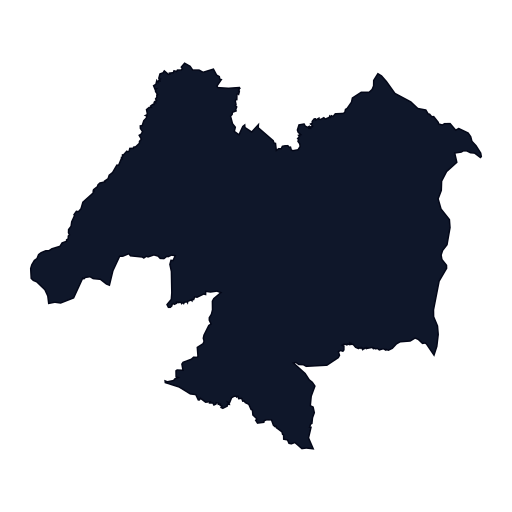 the district of Det Udom, Ubon Ratchathani, Thailand
{"feature_id": "78962969B44207183673479", "entity_name": "Det Udom", "entity_type": "district", "adm_level": 2, "iso_a3": "THA", "parent_name": "Thailand", "parent_adm1": "Ubon Ratchathani", "projection": "mercator", "projection_center": [105.038, 14.829], "detail": "fine", "context": "isolated", "style": "filled", "palette": "ink", "viewbox_px": 512, "rotation_deg": 0, "n_neighbors": 0, "source": "geoboundaries", "source_scale": "gbopen_adm2", "svg_char_len": 6019}
<svg xmlns="http://www.w3.org/2000/svg" viewBox="0 0 512 512"><path d="M48.7,303.4L54.8,302.2L60.6,303.0L73.6,297.9L82.7,278.1L83.9,278.8L85.4,277.4L90.1,276.7L93.2,278.6L100.4,279.3L106.4,284.0L109.4,285.2L112.9,270.7L119.6,256.3L122.8,256.2L128.8,253.7L130.5,255.8L142.3,257.0L143.8,258.0L146.2,256.3L148.1,256.9L153.9,254.9L158.1,256.1L160.2,258.4L163.9,258.6L166.8,256.3L168.1,256.7L171.4,255.1L175.3,255.7L173.0,260.6L171.0,260.3L169.9,264.4L171.4,271.5L171.8,292.8L171.3,299.4L167.0,304.6L168.4,307.3L170.3,307.3L171.9,305.8L171.9,304.4L173.6,303.6L174.4,304.3L176.3,303.4L176.4,302.1L177.7,302.6L178.6,301.4L178.4,302.6L181.0,302.2L181.6,303.6L182.9,302.5L183.7,303.5L184.4,302.2L187.0,301.8L187.5,302.6L187.7,301.3L191.1,300.0L192.0,300.8L192.2,299.4L193.6,299.6L194.7,296.8L197.1,297.2L203.7,294.0L205.6,294.5L205.7,291.3L210.5,292.0L216.9,291.1L221.0,292.6L213.8,298.6L212.4,301.2L212.5,309.9L211.4,314.3L209.3,317.7L209.3,320.2L211.1,324.0L208.8,325.5L204.0,335.1L203.3,338.2L204.1,341.2L203.1,343.7L197.3,347.4L198.0,356.6L196.8,357.4L193.6,357.2L191.4,359.2L183.1,362.3L181.9,364.1L183.0,370.3L177.1,370.0L176.0,370.8L176.1,376.8L178.2,377.5L174.7,379.0L173.7,380.5L167.3,381.8L165.1,380.9L165.3,382.6L179.1,387.0L190.3,393.9L195.8,394.6L198.3,399.9L199.4,399.9L200.5,398.3L205.6,402.2L210.3,401.7L209.7,403.0L212.9,403.0L213.9,405.0L216.0,404.0L216.2,402.6L218.4,403.2L218.3,404.3L220.4,404.1L220.2,405.4L222.0,406.0L221.1,407.5L222.8,408.3L227.2,406.1L227.3,404.4L229.2,404.4L227.6,402.0L229.5,402.8L231.6,397.7L233.9,396.4L236.0,396.1L236.6,397.0L237.9,396.2L238.7,398.7L241.6,398.3L242.8,401.2L244.2,401.0L245.3,402.6L248.8,404.3L251.1,409.5L252.4,410.0L252.9,415.0L256.4,418.3L256.8,419.3L255.7,420.3L257.5,423.1L263.8,422.3L264.2,420.7L266.6,419.8L271.5,419.9L273.4,425.2L275.0,426.6L275.9,426.2L276.4,427.7L282.0,431.9L282.6,434.4L283.6,434.8L283.7,439.2L287.5,439.9L289.0,443.3L291.3,443.8L294.9,442.5L301.9,448.6L306.3,448.0L313.2,448.8L308.5,437.9L311.0,427.3L309.6,427.2L310.6,424.1L311.9,423.4L312.5,417.7L314.3,412.7L313.1,407.1L310.3,405.7L311.2,396.2L314.9,386.1L312.3,382.3L309.2,379.8L305.1,373.5L293.4,363.0L296.0,362.4L298.8,364.5L303.4,364.7L306.2,366.3L326.9,365.2L338.3,357.6L339.5,355.3L338.4,351.7L340.5,350.5L342.9,351.2L343.9,349.9L343.9,346.0L342.1,345.2L343.6,344.2L346.7,344.5L346.6,345.4L347.5,344.0L349.6,344.6L349.8,343.3L350.3,344.1L351.5,342.6L351.0,344.3L353.2,344.4L355.6,347.3L358.4,348.5L358.9,347.6L360.1,348.3L361.1,347.4L362.6,349.4L362.9,348.4L363.8,349.0L365.2,347.7L366.2,348.6L366.9,347.6L367.4,348.3L372.3,347.4L373.2,348.5L373.5,347.8L375.3,348.8L377.7,348.5L379.3,349.9L383.3,348.7L385.8,350.1L386.1,349.4L388.4,350.2L392.3,348.3L396.4,343.9L400.1,341.8L410.2,341.0L415.1,338.0L418.3,339.4L422.5,343.4L425.2,343.0L426.5,344.0L434.0,355.1L436.8,346.4L438.2,334.5L437.5,326.0L433.6,316.7L433.5,309.8L439.1,281.1L446.6,268.3L446.5,265.3L441.9,259.5L441.1,255.0L442.6,250.4L447.0,244.7L450.0,227.6L449.4,219.6L441.0,209.0L438.1,198.8L441.3,190.4L441.6,181.1L446.6,171.5L456.8,162.3L454.7,153.0L461.1,152.1L463.5,150.8L466.8,150.9L470.4,152.7L474.6,153.1L480.4,157.5L481.3,156.6L480.7,153.1L476.0,145.7L471.9,141.3L470.7,136.7L468.1,133.0L458.7,128.5L455.7,130.2L450.1,123.6L444.5,123.7L442.3,125.0L438.5,123.9L438.3,122.4L433.7,116.6L431.7,116.7L429.6,114.2L428.2,114.0L425.8,110.0L417.8,108.5L410.8,101.9L394.9,93.4L386.4,81.5L381.5,75.9L377.9,73.7L373.7,80.4L373.6,85.9L372.1,89.5L369.1,92.3L361.2,92.3L352.4,98.0L351.5,102.2L347.1,108.5L345.5,109.4L344.9,112.2L343.5,113.4L335.3,113.8L333.1,116.5L331.3,115.7L330.6,117.3L329.7,116.2L329.4,117.3L325.3,119.1L323.8,117.7L320.9,119.4L318.9,119.3L318.9,118.2L315.8,120.0L315.4,118.8L314.2,118.9L312.2,121.4L312.4,123.1L310.6,124.0L312.7,126.0L312.5,126.7L309.9,126.9L310.6,128.4L308.8,128.3L309.0,126.5L307.5,127.3L305.2,126.1L304.1,124.0L299.0,124.9L297.4,130.0L298.2,132.3L300.8,134.7L298.6,135.3L299.5,136.3L297.7,138.6L298.6,139.2L298.0,141.4L299.7,143.7L300.2,146.4L298.0,149.8L292.9,150.7L291.3,150.1L290.5,147.2L289.6,147.6L287.8,145.7L284.9,145.8L282.4,146.3L281.2,148.8L278.7,148.7L276.3,150.5L275.5,143.4L274.0,143.1L273.2,140.7L258.2,127.7L258.4,124.7L251.7,132.0L244.9,127.5L244.7,125.0L242.8,126.5L239.0,134.8L234.3,131.4L235.3,127.2L232.5,123.7L230.5,116.1L232.1,114.5L232.4,112.3L236.1,110.9L235.7,109.5L236.7,106.9L235.3,105.4L236.0,104.5L235.3,101.1L235.8,99.6L236.8,99.6L236.9,94.3L237.9,93.7L238.6,94.3L239.3,91.6L238.5,90.9L239.3,90.0L238.5,88.7L239.8,88.3L239.4,87.5L228.4,88.3L217.8,87.6L216.9,86.1L221.3,79.6L219.8,79.2L219.3,76.6L216.6,75.1L213.4,69.1L203.1,72.3L199.1,70.1L192.7,70.1L190.1,66.3L184.6,63.2L181.3,67.1L182.5,68.9L181.1,70.1L177.4,70.1L176.6,71.5L174.0,70.8L173.3,72.7L169.5,73.1L169.9,74.1L168.4,74.4L164.3,70.9L163.1,72.8L160.0,73.9L158.9,77.8L158.9,78.8L160.2,79.1L159.5,79.7L159.9,80.9L158.7,80.7L158.0,82.4L156.8,80.6L155.9,84.3L153.6,85.7L155.0,89.2L156.3,88.9L155.4,89.8L155.6,91.6L157.7,94.6L156.8,95.0L156.9,97.2L155.6,98.9L156.6,100.6L154.9,101.5L155.5,102.7L154.2,102.5L153.9,105.2L153.5,104.2L152.5,104.6L150.7,106.0L151.4,107.4L149.2,107.4L146.5,109.6L147.3,113.4L147.0,114.8L145.5,115.5L146.9,116.1L146.3,118.1L143.8,120.7L142.2,125.6L140.3,125.9L140.4,128.4L142.6,131.6L141.1,134.2L139.2,135.3L141.4,139.2L139.5,141.3L139.4,143.3L135.7,146.8L133.6,147.2L133.4,148.3L129.8,148.4L129.2,151.0L128.0,151.9L126.8,151.2L123.5,154.9L122.5,154.9L122.5,157.1L121.5,157.4L122.1,158.9L121.3,158.8L118.6,165.3L116.9,165.1L112.6,172.5L109.2,175.2L108.1,178.7L104.6,181.1L104.9,181.9L99.9,183.0L98.0,184.8L97.4,186.7L93.6,189.6L93.2,191.0L94.0,191.1L92.8,193.3L82.9,202.2L81.0,208.8L78.4,211.7L76.4,211.3L74.0,214.7L74.6,215.5L71.7,221.8L71.1,226.3L68.6,229.5L68.5,232.8L69.6,234.8L68.3,236.0L68.2,238.8L66.6,239.8L66.6,241.3L62.1,242.9L60.0,246.3L52.0,248.7L49.0,250.7L45.6,250.8L41.1,252.7L38.6,254.6L37.0,258.6L34.4,260.4L31.8,264.8L30.7,268.5L31.2,278.3L33.3,280.4L36.7,281.8L44.9,289.7L47.8,296.0L48.7,303.4Z" fill="#0f172a" stroke="#020617" stroke-width="1.5"/></svg>